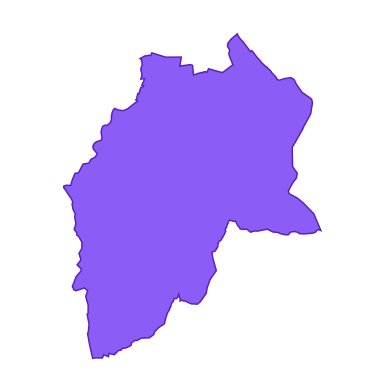 Mioveni, Arges, Romania, rotated 350°
{"feature_id": "2599482B98376414707582", "entity_name": "Mioveni", "entity_type": "district", "adm_level": 2, "iso_a3": "ROU", "parent_name": "Romania", "parent_adm1": "Arges", "projection": "mercator", "projection_center": [24.948, 44.942], "detail": "fine", "context": "isolated", "style": "filled", "palette": "violet", "viewbox_px": 384, "rotation_deg": 350, "n_neighbors": 0, "source": "geoboundaries", "source_scale": "gbopen_adm2", "svg_char_len": 3669}
<svg xmlns="http://www.w3.org/2000/svg" viewBox="0 0 384 384"><g transform="rotate(350 192 192)"><path d="M325.9,121.3L324.9,120.2L317.6,112.9L313.4,103.7L312.1,99.1L309.2,96.5L303.0,96.4L297.4,97.1L295.0,95.9L295.3,94.8L291.9,89.1L291.5,89.0L291.2,88.3L291.0,87.8L290.9,87.5L290.8,87.1L290.6,86.6L290.3,86.2L290.0,85.7L289.6,85.1L289.4,84.8L289.3,84.7L288.9,84.2L288.4,83.7L288.1,83.3L287.6,82.8L287.8,82.4L287.4,82.1L287.0,81.7L286.8,81.5L286.6,81.3L286.0,80.7L285.9,80.5L285.8,80.4L285.5,80.0L285.4,79.9L284.8,79.2L284.5,78.7L283.7,77.7L282.7,76.3L282.4,75.4L281.9,74.4L280.5,72.2L280.0,71.7L278.9,69.6L278.5,68.9L277.7,67.5L277.3,66.6L276.4,64.7L275.7,63.7L275.5,63.2L275.4,63.1L273.9,63.9L268.6,53.3L266.0,49.5L264.2,45.2L264.1,44.1L256.8,48.4L253.0,51.9L252.2,54.8L253.8,58.6L252.5,61.6L252.3,63.7L254.0,72.3L254.5,73.7L243.8,79.2L242.8,79.4L241.7,79.3L229.7,73.5L227.5,76.7L225.7,75.7L222.1,76.2L221.8,76.0L219.5,76.2L217.2,76.5L213.9,77.1L214.5,67.4L212.7,66.3L201.9,65.9L204.9,57.3L189.4,54.6L176.6,48.0L175.1,50.4L173.5,49.9L171.5,50.0L169.2,49.8L164.6,51.4L164.0,51.6L164.7,52.4L165.3,54.0L165.1,57.9L163.3,61.2L162.8,63.1L163.1,65.3L163.0,67.7L162.6,69.2L161.2,72.0L161.9,71.9L164.0,71.9L164.9,72.2L164.0,73.6L163.7,74.9L162.6,75.7L161.8,77.2L161.3,78.1L161.1,78.3L161.6,78.6L162.7,79.1L162.5,79.6L161.4,80.0L160.8,80.2L160.1,80.4L159.8,80.2L159.0,81.6L158.6,82.1L157.0,86.0L155.8,85.5L153.2,91.4L152.7,91.5L154.0,93.0L144.0,98.4L142.6,99.0L140.8,99.5L139.0,99.9L138.0,99.7L136.3,99.4L135.1,99.0L134.4,98.7L131.8,97.4L131.2,96.8L130.5,96.2L128.8,97.4L127.1,100.0L125.7,103.9L125.5,105.3L125.2,106.7L123.8,109.3L120.1,111.6L118.1,111.1L115.4,111.8L113.2,116.0L112.8,118.3L112.8,123.2L111.6,125.2L106.8,125.9L104.6,126.9L102.9,128.6L102.3,130.0L102.3,132.4L103.7,135.0L105.3,138.0L102.6,140.9L98.1,142.3L95.4,145.6L89.5,145.6L83.6,153.4L80.0,153.3L75.4,160.7L73.7,164.4L69.0,163.5L66.8,163.9L66.4,165.7L67.6,167.7L70.1,173.5L71.8,177.3L72.9,181.2L71.8,183.0L71.8,188.2L73.2,193.3L72.1,196.4L72.2,203.0L69.5,208.5L71.6,212.6L71.1,214.6L72.5,215.7L74.9,222.4L73.7,228.4L70.0,232.9L70.8,238.6L70.3,240.1L66.2,243.8L69.5,248.5L68.9,250.6L66.5,252.5L63.5,254.9L57.8,264.2L58.7,267.8L60.5,269.1L69.3,267.8L72.1,271.1L69.2,276.3L70.1,285.4L68.6,293.5L67.5,294.1L67.7,304.2L65.8,311.1L64.6,313.5L64.6,324.2L65.3,338.6L68.3,338.6L74.9,339.9L76.8,337.0L81.2,339.7L82.1,336.6L87.6,338.8L88.0,337.7L89.7,337.2L91.9,335.3L94.6,335.5L96.3,333.9L100.1,334.1L105.3,332.5L106.1,330.3L109.7,328.3L112.3,328.7L116.6,327.1L124.6,328.2L129.6,325.7L130.8,323.2L135.5,319.8L142.0,317.0L143.4,313.4L146.7,307.0L149.6,303.7L150.0,301.9L151.0,301.6L152.3,298.3L154.5,296.6L156.0,293.8L158.1,294.3L159.5,293.4L161.2,290.4L161.7,295.5L161.4,297.3L163.3,296.6L164.5,297.8L166.0,298.0L168.6,299.8L171.6,301.9L177.9,303.4L181.0,301.6L188.4,294.3L190.2,289.1L194.4,281.7L197.4,278.5L202.3,273.7L201.0,260.4L201.2,254.8L204.6,254.1L207.8,250.5L209.0,246.8L209.8,245.5L212.1,244.6L216.0,239.9L218.4,236.6L218.2,234.6L220.2,232.4L220.7,230.5L221.9,229.4L222.3,228.2L224.0,226.2L227.8,228.1L229.8,228.4L231.2,233.0L232.4,234.9L233.1,236.8L236.3,237.8L239.4,238.0L242.7,241.7L243.8,241.7L244.9,241.3L247.4,241.3L249.6,241.9L259.8,241.7L264.7,245.4L270.0,246.9L271.5,248.3L277.1,250.5L279.5,250.8L282.4,248.5L286.3,248.8L288.9,249.9L290.4,251.6L295.6,252.8L303.7,253.5L306.7,253.0L307.8,251.8L310.3,251.0L312.2,252.3L308.2,234.7L299.8,222.3L294.9,216.5L287.4,210.6L287.1,207.7L292.1,201.2L297.3,196.3L298.9,191.7L295.5,184.5L298.4,165.5L299.7,164.0L312.2,149.0L312.0,148.7L322.3,135.9L326.2,124.9L326.1,123.5L325.9,122.1L325.9,121.3Z" fill="#8b5cf6" stroke="#5b21b6" stroke-width="1.5"/></g></svg>